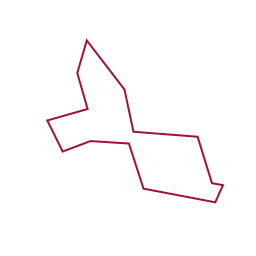 outline of Stoney Ground, rotated 254°
{"feature_id": "AIA-5123", "entity_name": "Stoney Ground", "entity_type": "District", "adm_level": 1, "iso_a3": "AIA", "parent_name": "Anguilla", "parent_adm1": "", "projection": "albers", "projection_center": [-63.024, 18.252], "detail": "fine", "context": "isolated", "style": "outline", "palette": "rose", "viewbox_px": 256, "rotation_deg": 254, "n_neighbors": 0, "source": "natural_earth", "source_scale": "10m", "svg_char_len": 336}
<svg xmlns="http://www.w3.org/2000/svg" viewBox="0 0 256 256"><g transform="rotate(254 128 128)"><path d="M123.4,58.7L157.5,52.5L157.4,94.4L194.8,94.4L223.5,112.5L166.0,135.2L122.9,132.2L100.4,192.5L51.8,193.5L46.9,203.5L32.5,191.4L65.4,126.2L112.8,124.6L125.8,88.3L123.4,58.7Z" fill="none" stroke="#9f1239" stroke-width="2"/></g></svg>